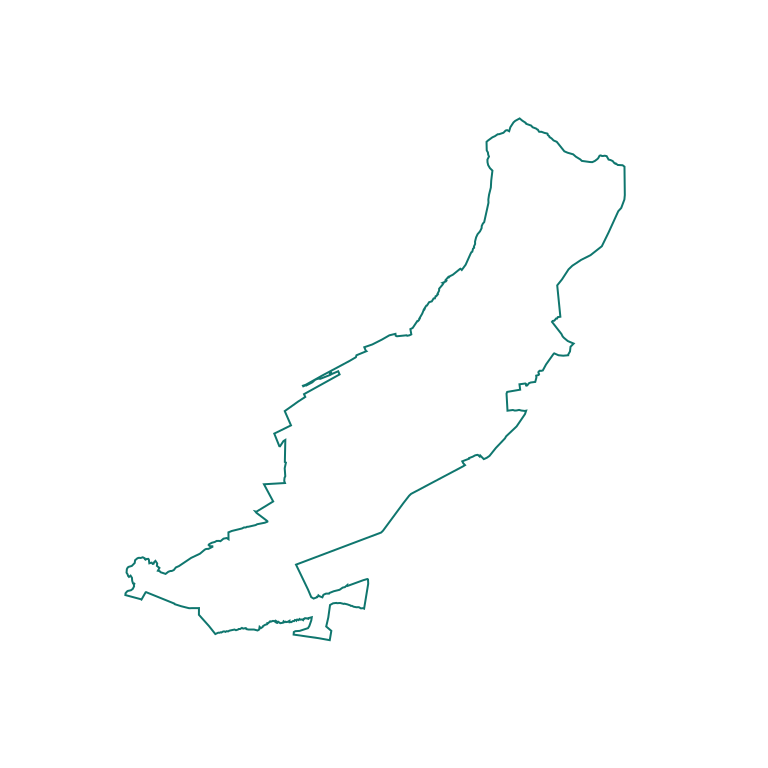 Flamanzi, Botosani, Romania (Robinson projection), rotated 115°
{"feature_id": "2599482B79845284556073", "entity_name": "Flamanzi", "entity_type": "district", "adm_level": 2, "iso_a3": "ROU", "parent_name": "Romania", "parent_adm1": "Botosani", "projection": "robinson", "projection_center": [26.986, 47.54], "detail": "fine", "context": "isolated", "style": "outline", "palette": "teal", "viewbox_px": 768, "rotation_deg": 115, "n_neighbors": 0, "source": "geoboundaries", "source_scale": "gbopen_adm2", "svg_char_len": 6113}
<svg xmlns="http://www.w3.org/2000/svg" viewBox="0 0 768 768"><g transform="rotate(115 384 384)"><path d="M567.9,315.9L567.8,316.7L570.5,319.8L582.6,331.9L582.6,332.2L582.0,332.4L584.6,333.6L586.0,335.4L589.3,337.3L593.1,342.0L596.4,345.1L597.2,345.2L598.5,348.0L600.1,349.4L600.7,349.8L603.4,349.7L603.6,352.9L603.3,354.1L604.3,354.0L605.1,354.8L605.6,354.6L608.2,357.1L607.9,359.9L602.5,365.9L584.9,387.4L519.8,323.8L517.4,322.9L483.8,316.1L474.6,314.0L472.1,313.0L425.4,277.7L423.3,276.3L422.3,278.7L421.0,280.4L415.7,275.3L415.2,275.6L412.3,272.8L410.2,271.3L408.8,269.5L408.6,269.0L409.3,266.6L408.1,266.6L409.9,261.8L407.5,259.7L404.6,258.0L394.7,255.6L382.2,251.4L379.8,251.2L366.4,245.9L351.7,243.5L348.1,243.9L348.9,245.0L350.0,248.3L350.4,250.6L351.9,252.6L352.8,254.2L353.1,256.2L356.0,260.8L340.9,268.9L339.1,269.0L331.6,258.2L327.0,261.1L323.8,256.1L323.9,255.4L325.3,254.6L325.2,254.0L324.7,253.6L321.9,252.9L320.6,251.6L318.2,247.8L313.8,248.6L312.1,249.6L310.5,247.7L309.6,247.6L308.4,248.9L307.4,249.1L306.0,248.3L305.8,247.3L304.6,245.8L297.8,245.4L285.3,243.1L284.3,242.7L284.2,238.0L282.6,233.5L280.1,229.2L279.5,229.5L275.9,229.2L271.4,230.7L267.2,229.2L267.4,235.6L266.1,240.5L265.4,242.2L263.7,244.3L256.7,258.0L255.6,257.8L254.6,256.4L251.9,255.7L251.5,254.8L250.0,254.8L248.5,252.6L221.4,268.7L214.0,266.9L202.1,265.2L197.2,263.3L188.2,257.8L180.0,251.3L167.1,244.8L151.7,244.5L128.4,244.7L124.2,243.4L115.2,244.1L111.0,245.6L85.4,257.9L84.9,260.2L86.7,264.7L86.4,266.1L86.6,267.2L86.2,267.3L86.4,268.7L85.3,271.0L85.3,273.4L85.7,275.3L83.4,278.5L83.8,280.4L84.9,282.0L85.3,283.2L85.2,284.1L86.0,285.1L88.9,285.3L90.2,285.8L92.8,287.2L94.9,289.0L95.8,291.2L98.2,299.0L97.5,301.0L96.9,306.2L95.9,309.6L96.8,315.4L96.9,318.9L91.5,329.8L91.6,333.3L90.7,335.6L90.3,337.5L90.4,338.2L89.6,339.0L89.1,340.8L88.1,341.5L88.0,342.0L88.6,344.6L88.9,348.0L89.6,349.3L89.8,350.2L88.5,352.0L88.6,352.6L88.2,354.0L88.5,357.8L87.6,359.9L88.1,365.0L87.8,365.8L87.4,366.0L86.9,369.9L86.0,373.3L90.1,376.3L92.2,377.2L97.9,378.0L102.0,377.4L101.9,379.7L102.9,380.9L105.8,381.9L109.0,385.3L109.6,386.5L112.5,388.2L114.6,390.0L119.5,392.7L121.2,393.4L128.9,389.6L130.2,387.7L132.1,386.5L133.5,385.0L136.9,385.1L139.3,383.9L141.6,382.1L143.6,379.2L144.8,375.9L154.3,372.8L160.8,370.2L168.0,368.8L172.7,367.4L175.6,365.9L195.0,361.6L196.8,362.2L199.5,362.2L201.5,361.4L205.1,361.5L208.7,362.5L212.1,362.5L216.4,361.7L218.6,360.6L221.4,360.6L222.4,359.9L223.7,360.5L226.8,359.9L227.6,360.5L229.2,360.6L241.4,360.4L247.8,361.7L247.2,363.4L247.5,363.7L255.9,367.8L258.4,369.8L259.9,370.3L259.7,370.9L263.8,372.1L264.0,371.1L264.9,371.3L267.5,373.6L267.5,372.7L269.2,372.9L274.3,374.3L276.1,373.5L279.8,373.6L279.9,373.1L280.4,373.2L282.2,373.7L282.6,374.3L284.9,374.1L285.5,375.2L288.9,375.6L290.8,377.7L294.7,378.2L295.0,378.7L295.9,378.9L299.0,379.3L298.9,378.9L299.8,378.9L300.1,379.3L304.1,379.1L309.6,379.6L309.6,379.3L311.5,379.4L312.8,379.9L312.8,380.4L321.1,381.7L323.1,383.3L327.5,380.2L329.2,381.6L330.5,383.4L330.3,384.1L335.3,392.5L335.3,393.8L333.7,394.8L337.6,399.7L344.7,404.7L353.1,411.3L359.0,417.4L361.5,414.6L361.7,413.8L369.6,421.1L371.6,420.8L377.4,424.8L402.5,443.6L417.8,454.6L419.8,456.7L420.2,456.2L418.4,454.6L418.3,453.9L412.8,449.7L409.5,448.3L408.2,447.2L406.9,445.8L406.2,443.9L398.5,436.6L397.4,437.5L396.3,436.5L397.2,435.7L391.8,430.9L394.1,428.3L427.0,452.2L429.0,449.9L436.2,454.4L450.5,462.5L460.8,450.8L475.3,462.5L484.6,452.6L484.4,451.9L478.2,451.0L476.4,449.8L496.6,440.9L496.7,439.7L502.3,438.4L509.3,434.5L511.1,434.5L514.1,433.4L515.6,431.9L525.6,450.4L537.3,434.8L553.7,445.7L553.9,446.7L554.7,445.1L557.4,432.5L557.7,431.6L558.1,431.5L560.1,433.4L564.7,439.7L566.1,440.7L570.7,446.6L571.3,447.8L572.4,448.6L573.2,450.3L574.9,451.6L581.5,459.8L584.2,462.3L590.4,459.3L590.1,461.5L592.0,464.1L595.6,465.8L595.9,467.2L597.0,469.4L598.7,470.6L600.6,472.9L603.0,474.7L604.0,474.9L604.3,474.2L604.5,472.9L603.6,471.0L604.1,470.7L607.6,473.4L608.6,475.4L609.8,476.4L615.6,479.1L623.1,485.3L635.7,492.9L638.2,495.1L641.5,495.9L643.2,497.4L643.7,498.5L645.3,500.1L648.4,501.7L649.0,506.9L648.4,508.3L648.8,510.0L645.6,509.8L644.8,513.0L642.5,513.7L640.9,516.4L642.5,517.0L644.3,516.9L644.8,517.6L644.1,519.1L645.7,520.9L642.7,522.8L642.1,523.7L642.9,525.2L644.0,525.9L643.8,526.7L643.1,527.2L643.0,529.4L644.5,531.0L645.1,532.7L646.1,533.8L648.9,535.1L651.6,534.3L655.5,535.7L657.6,538.1L658.6,538.7L660.5,538.8L663.8,537.6L664.8,536.0L666.1,534.8L666.6,533.6L664.8,532.7L666.2,530.5L668.7,529.1L670.8,527.2L670.8,526.4L669.8,525.7L671.6,525.9L673.0,525.0L675.9,525.1L677.9,526.2L679.7,528.6L680.6,529.2L682.9,529.8L684.6,529.2L681.8,513.4L681.9,512.7L673.5,512.0L673.2,511.7L671.6,481.1L672.0,480.7L671.1,473.8L669.6,466.0L665.3,457.0L671.4,454.2L677.3,440.4L681.9,431.2L679.4,429.1L679.0,428.0L677.9,426.9L677.9,426.3L676.2,425.1L675.6,423.8L675.7,423.0L674.5,422.1L674.1,420.7L672.9,419.9L669.7,415.7L669.7,414.1L668.2,412.5L667.4,412.1L666.9,410.9L665.1,409.7L665.2,408.3L663.7,406.2L663.7,405.6L664.3,405.1L663.8,403.1L661.5,398.2L660.8,394.4L659.3,393.4L656.7,394.1L657.3,392.4L655.5,391.3L654.5,391.3L652.4,389.9L651.2,388.5L650.0,388.7L649.8,387.9L647.2,386.9L647.3,386.2L645.6,384.5L645.3,383.1L644.3,382.3L644.5,381.3L645.6,381.6L645.8,380.5L645.6,379.7L644.2,379.3L644.6,376.9L643.0,374.6L641.5,374.7L641.8,373.2L641.0,372.7L641.0,371.8L640.3,370.8L638.6,369.6L639.9,369.0L639.8,368.7L639.3,368.3L639.0,367.4L637.3,366.3L636.9,365.3L635.5,365.0L635.3,363.9L635.5,363.4L634.3,363.3L634.0,362.7L634.1,361.7L632.7,361.2L633.0,360.4L632.0,358.7L632.2,357.5L630.9,357.5L630.5,356.9L629.9,356.9L629.3,355.9L628.8,353.4L628.1,353.6L625.9,350.9L629.0,350.0L634.9,349.4L637.4,349.7L643.4,356.1L645.5,359.9L646.9,360.9L649.3,360.0L641.9,335.5L639.1,324.9L630.0,327.4L628.2,333.9L619.2,335.8L607.1,339.5L604.3,337.5L602.5,334.6L602.5,333.9L601.0,331.2L600.3,327.5L599.8,327.0L599.2,324.0L598.9,320.9L599.1,320.4L598.6,319.2L598.7,317.5L598.0,314.7L596.9,312.4L597.1,310.1L596.1,308.4L596.0,307.1L571.7,313.9L567.9,315.9Z" fill="none" stroke="#0f766e" stroke-width="2"/></g></svg>